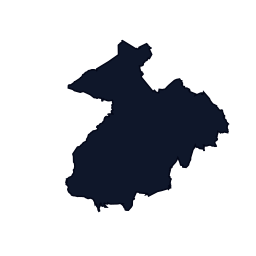 Perote, Veracruz, Mexico (orthographic projection), rotated 143°
{"feature_id": "50627088B6133554619555", "entity_name": "Perote", "entity_type": "district", "adm_level": 2, "iso_a3": "MEX", "parent_name": "Mexico", "parent_adm1": "Veracruz", "projection": "orthographic", "projection_center": [-97.275, 19.511], "detail": "fine", "context": "isolated", "style": "filled", "palette": "ink", "viewbox_px": 256, "rotation_deg": 143, "n_neighbors": 0, "source": "geoboundaries", "source_scale": "gbopen_adm2", "svg_char_len": 5697}
<svg xmlns="http://www.w3.org/2000/svg" viewBox="0 0 256 256"><g transform="rotate(143 128 128)"><path d="M120.2,195.1L121.9,196.3L125.2,197.4L125.2,197.5L127.6,197.5L128.6,197.9L130.1,197.5L130.4,197.2L130.7,197.5L132.1,197.7L133.2,197.0L134.7,196.5L135.6,196.8L136.1,196.4L142.2,196.8L142.9,197.1L143.9,196.7L147.8,196.8L148.8,197.6L149.6,197.9L150.1,197.7L151.6,195.9L148.8,192.1L148.3,190.1L144.6,185.3L141.7,184.2L138.0,177.3L136.8,172.7L135.1,171.2L134.9,170.4L132.8,169.8L132.5,168.8L131.8,168.3L131.4,167.8L131.2,167.3L131.6,166.8L131.6,166.2L132.4,165.6L132.4,165.2L131.6,165.0L131.0,165.5L130.0,165.8L130.0,165.4L129.6,164.9L129.6,164.6L129.2,164.1L128.7,163.9L128.6,163.2L127.6,161.9L126.4,161.0L123.9,159.6L123.8,159.3L125.1,157.3L125.1,156.4L125.5,156.0L126.7,156.2L127.4,155.5L127.5,154.7L128.7,153.8L129.0,153.2L129.0,152.0L129.4,151.3L130.2,151.4L130.4,151.6L131.1,151.5L131.7,150.5L131.7,149.8L131.4,149.1L131.5,148.7L131.7,148.3L132.6,149.4L133.6,149.7L134.8,150.7L135.6,150.9L135.5,149.0L136.0,148.5L137.6,149.4L138.4,150.3L139.4,150.4L140.3,149.8L140.5,150.1L141.4,149.5L141.8,149.2L141.7,149.0L141.8,148.8L142.9,148.1L143.7,148.1L144.9,147.7L145.3,147.3L147.8,148.0L149.8,147.5L150.5,147.5L150.9,148.0L151.8,147.9L152.0,147.5L152.3,147.6L152.5,147.4L152.1,146.4L152.1,145.8L153.5,145.1L154.9,145.3L156.9,146.1L157.4,146.5L158.4,146.6L158.7,146.4L160.3,146.5L162.2,146.2L163.4,146.4L163.8,146.2L165.6,144.8L167.2,144.1L167.7,144.0L168.6,142.9L169.3,142.5L172.5,143.1L175.3,142.4L176.1,142.6L177.1,142.1L179.1,142.8L179.8,143.2L187.7,140.4L188.6,138.1L191.9,133.5L191.9,132.1L193.5,129.4L195.4,127.6L196.8,127.3L197.7,125.4L198.5,124.8L200.7,124.0L201.9,123.3L202.9,123.4L204.8,124.0L206.0,123.8L207.6,124.2L207.6,123.8L208.0,123.2L208.5,123.3L208.5,122.5L208.9,122.6L208.9,122.3L209.0,122.3L209.3,121.7L209.8,121.3L209.6,122.3L210.2,122.2L210.3,121.8L210.0,121.1L210.8,120.8L211.3,120.3L211.3,119.8L210.8,118.8L211.0,116.6L212.9,115.4L213.5,114.1L213.8,112.1L213.2,110.1L213.4,108.8L213.3,108.2L212.4,106.9L211.3,106.0L209.2,103.5L208.5,103.3L207.6,102.4L205.9,101.2L205.0,100.2L204.3,99.9L204.0,99.4L203.8,98.3L202.4,95.8L201.6,95.3L200.4,95.0L199.5,93.8L199.0,92.9L198.7,91.8L199.1,89.5L199.5,87.9L199.9,87.7L200.5,86.3L199.3,86.4L199.1,85.8L200.1,84.4L200.1,82.5L201.2,80.5L201.4,79.0L200.6,78.9L200.1,79.8L200.1,80.6L199.9,80.9L199.2,81.4L198.7,82.0L197.8,82.2L196.7,83.1L196.5,83.8L195.3,84.4L195.0,84.2L195.7,82.9L195.8,81.5L195.4,80.9L194.2,80.6L194.1,78.7L193.0,77.9L192.5,77.5L192.9,80.6L192.5,82.1L192.2,82.2L191.6,81.2L190.2,79.7L189.7,79.6L189.1,80.3L188.9,79.6L188.0,78.2L187.5,77.7L181.6,73.5L180.3,73.0L178.0,70.8L178.9,70.9L178.4,69.2L178.6,69.2L178.4,67.6L178.5,67.3L178.8,67.4L178.9,66.8L178.7,66.7L178.6,66.2L179.4,64.3L179.0,63.6L177.2,62.1L176.7,62.2L174.8,62.6L173.2,62.9L171.4,63.6L170.7,64.3L168.7,66.8L168.2,67.3L166.7,68.0L166.0,67.5L165.6,67.8L166.0,68.1L165.6,68.7L159.8,71.9L157.7,70.0L157.8,69.2L152.6,64.6L153.9,64.0L152.0,63.4L152.5,61.3L142.6,59.6L138.8,57.9L132.6,55.6L132.6,54.7L131.3,55.1L130.5,54.8L130.7,55.6L130.0,55.3L130.2,56.3L129.6,56.0L129.8,57.0L128.9,56.6L129.0,57.1L127.9,57.6L128.1,58.2L127.3,59.0L125.6,60.6L124.3,61.3L124.6,63.6L124.0,64.0L124.4,64.8L121.3,67.8L121.1,67.7L119.6,69.0L120.0,69.2L118.5,70.6L118.0,70.2L117.3,71.0L116.6,70.3L115.9,70.9L114.9,71.3L110.7,72.1L108.6,72.9L106.0,74.4L106.9,70.2L108.2,66.7L106.7,65.0L107.4,64.4L107.7,63.8L105.3,61.6L104.7,61.9L104.2,61.7L101.7,62.2L101.4,62.8L100.9,63.1L101.3,63.1L101.1,63.4L100.3,63.3L99.1,64.2L97.2,65.0L95.7,66.8L89.2,71.6L87.4,72.2L86.1,72.9L86.1,72.7L84.7,73.7L85.1,72.5L84.7,71.4L83.6,70.5L83.2,69.8L83.4,69.0L82.8,68.1L82.1,67.8L81.8,67.2L81.2,66.9L81.2,67.1L80.7,66.0L80.6,65.1L81.0,65.2L80.6,65.0L80.9,64.5L80.6,64.3L79.3,66.9L79.0,66.7L78.4,67.5L77.9,67.6L77.8,68.6L77.3,68.1L77.3,67.4L76.5,66.7L75.1,66.0L73.8,65.7L72.3,64.6L71.6,63.0L70.6,62.4L69.7,61.1L68.5,60.4L68.2,61.1L68.0,63.0L67.4,64.4L66.3,65.1L64.6,64.8L63.5,65.2L63.2,65.6L63.4,66.5L62.7,67.2L62.7,67.5L62.3,67.6L62.4,68.1L61.7,68.1L61.2,68.6L59.7,69.7L58.3,71.2L57.7,70.1L57.2,69.7L57.1,68.6L56.8,68.7L56.4,68.6L55.6,67.6L54.5,67.1L53.0,66.9L53.1,66.5L51.3,64.4L51.0,64.9L50.3,64.8L50.1,65.5L49.3,66.6L49.2,67.5L48.9,68.4L48.1,69.2L47.6,70.0L46.0,70.7L45.8,71.0L45.4,70.9L45.8,73.6L45.0,75.4L45.3,76.5L45.4,78.6L44.7,78.6L44.8,79.1L44.7,79.5L44.4,79.6L43.7,79.4L43.5,79.7L43.9,81.1L43.4,82.0L42.8,84.1L42.2,84.9L42.2,85.6L42.2,85.9L42.7,86.1L43.5,86.0L43.6,86.6L44.0,86.7L44.2,87.1L44.4,88.6L44.3,90.2L44.5,92.2L44.0,92.5L45.9,96.3L45.9,100.8L45.5,101.7L45.4,102.9L46.0,111.2L46.9,110.2L47.9,110.3L48.2,109.9L48.8,110.6L47.9,111.5L49.1,112.2L54.8,113.6L53.5,114.3L56.9,120.0L56.1,120.8L56.6,121.2L55.8,122.0L57.0,124.5L58.6,125.5L58.4,125.7L58.5,126.5L58.1,127.1L58.7,127.4L59.2,130.1L58.9,130.5L58.2,130.2L57.5,131.2L57.6,132.2L56.7,133.4L57.5,133.9L57.3,136.1L60.1,137.5L62.3,138.0L69.9,137.5L72.7,137.1L74.7,136.6L77.6,138.0L79.8,140.1L82.3,137.7L84.0,139.6L84.2,142.2L86.1,142.2L86.8,160.5L85.6,162.3L85.2,161.6L83.6,161.9L83.3,162.5L83.3,162.9L84.0,163.3L83.6,164.3L83.3,164.2L82.9,164.8L83.6,164.4L83.9,164.6L83.7,165.2L84.1,165.4L83.0,167.9L82.8,168.7L81.9,169.6L81.5,170.6L79.6,169.4L78.1,169.2L76.3,170.8L75.6,170.9L75.1,170.7L74.1,171.2L72.1,170.7L69.8,171.7L69.1,170.6L64.8,172.5L63.5,178.5L61.0,177.8L61.7,178.3L62.1,179.5L62.1,180.4L62.6,181.8L62.1,182.8L62.2,183.3L62.7,183.4L62.6,184.2L70.4,185.7L70.0,184.7L72.9,185.2L73.3,186.3L74.1,186.5L79.9,201.2L80.2,201.3L80.9,200.3L81.7,199.9L82.9,200.4L84.1,200.0L85.4,200.1L85.9,199.9L91.5,192.2L103.5,192.6L117.4,194.0L118.0,193.0L118.5,192.7L118.7,193.4L120.2,195.1Z" fill="#0f172a" stroke="#020617" stroke-width="1.5"/></g></svg>